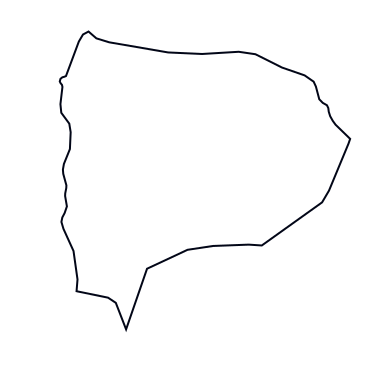 Dikhil, Mercator projection, rotated 99°
{"feature_id": "DJI-1569", "entity_name": "Dikhil", "entity_type": "Region", "adm_level": 1, "iso_a3": "DJI", "parent_name": "Djibouti", "parent_adm1": "", "projection": "mercator", "projection_center": [42.104, 11.405], "detail": "fine", "context": "isolated", "style": "outline", "palette": "ink", "viewbox_px": 384, "rotation_deg": 99, "n_neighbors": 0, "source": "natural_earth", "source_scale": "10m", "svg_char_len": 906}
<svg xmlns="http://www.w3.org/2000/svg" viewBox="0 0 384 384"><g transform="rotate(99 192 192)"><path d="M103.5,339.9L100.8,339.6L99.0,338.0L98.2,336.2L97.2,334.6L61.1,327.3L53.5,324.3L51.3,321.4L49.7,319.3L55.2,310.5L57.1,297.2L57.9,237.4L54.1,203.6L46.2,167.8L46.0,150.9L55.0,122.6L59.2,99.0L64.0,89.1L68.5,86.1L80.5,80.8L83.5,76.8L85.2,72.3L87.8,70.5L91.3,69.5L95.5,67.4L99.7,64.1L103.1,60.7L114.8,44.1L119.8,45.0L169.2,56.9L181.9,61.9L233.9,114.7L235.1,127.7L242.0,162.7L249.8,187.4L274.8,224.4L338.0,235.6L313.4,249.9L309.5,258.4L308.1,289.7L308.0,290.4L308.0,290.5L296.3,291.4L268.8,299.8L248.5,313.2L242.0,316.3L237.4,316.1L232.7,314.5L225.8,313.3L215.8,316.7L213.2,317.0L207.7,316.8L205.1,317.1L194.2,322.0L190.1,323.0L184.3,322.9L168.7,319.3L151.9,321.2L143.7,323.9L134.2,333.5L125.8,335.7L108.5,336.4L106.5,337.2L105.1,338.8L103.5,339.9Z" fill="none" stroke="#020617" stroke-width="2"/></g></svg>